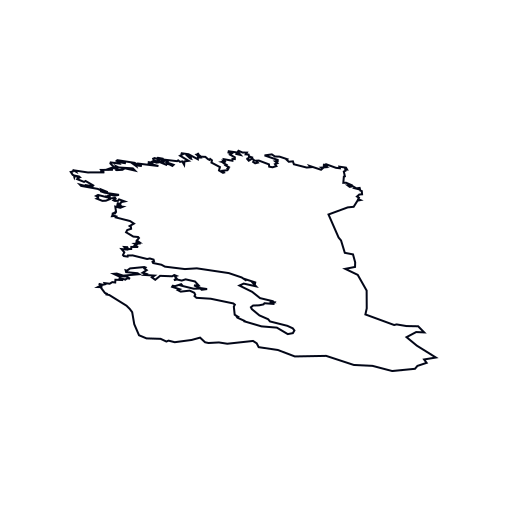 the district of Fræna nor, Møre og Romsdal, Norway, rotated 17°
{"feature_id": "86288312B12375056094040", "entity_name": "Fræna nor", "entity_type": "district", "adm_level": 2, "iso_a3": "NOR", "parent_name": "Norway", "parent_adm1": "Møre og Romsdal", "projection": "equal_earth", "projection_center": [7.135, 62.879], "detail": "fine", "context": "isolated", "style": "outline", "palette": "ink", "viewbox_px": 512, "rotation_deg": 17, "n_neighbors": 0, "source": "geoboundaries", "source_scale": "gbopen_adm2", "svg_char_len": 6100}
<svg xmlns="http://www.w3.org/2000/svg" viewBox="0 0 512 512"><g transform="rotate(17 256 256)"><path d="M339.4,166.0L338.2,163.0L336.6,162.9L335.2,160.6L332.8,161.7L335.3,162.1L330.9,162.3L331.5,161.8L328.2,161.0L325.4,162.5L323.2,161.7L327.7,160.4L320.7,159.6L318.1,160.5L316.8,154.4L317.7,153.8L315.3,149.6L316.7,148.2L316.1,147.1L317.8,146.7L316.2,145.2L309.6,146.2L310.5,147.6L306.7,148.3L296.9,147.8L297.3,148.4L293.5,148.9L297.0,150.0L294.0,150.7L295.8,151.1L292.8,152.3L294.1,152.7L293.0,154.5L281.0,154.2L282.3,155.1L278.6,156.6L265.4,157.2L263.6,154.7L259.8,156.3L257.2,155.0L257.6,154.3L249.5,154.1L245.0,155.3L241.4,154.2L234.8,157.3L248.7,157.8L249.0,159.0L246.7,159.9L249.3,161.0L247.3,162.6L249.2,164.1L245.9,166.3L242.5,166.7L241.6,164.6L230.8,163.9L228.1,164.9L230.4,166.2L228.1,167.6L225.8,166.9L226.2,165.0L223.9,163.9L221.2,167.0L218.5,165.3L220.2,165.4L220.4,163.1L224.5,162.9L220.2,162.8L219.3,161.2L216.5,161.8L217.0,159.8L212.8,161.0L208.5,160.5L208.1,161.7L211.7,163.9L207.4,164.2L207.3,162.6L199.3,163.8L199.4,165.1L202.8,165.1L201.6,166.7L206.9,167.8L207.4,169.5L205.1,170.0L205.6,171.8L197.1,172.8L198.3,174.1L196.4,174.4L197.1,175.3L195.9,176.0L198.4,176.0L198.1,176.8L201.0,177.4L200.4,178.2L204.1,179.0L203.2,180.5L204.1,180.7L203.6,182.3L199.2,184.2L201.0,185.5L200.1,186.1L195.6,185.0L195.5,181.5L186.1,179.7L185.9,177.4L183.8,176.6L183.4,177.7L181.7,177.4L178.6,176.0L174.4,177.1L171.3,175.9L170.4,174.3L170.9,175.5L169.5,176.4L173.7,178.2L171.6,178.9L172.1,180.5L161.7,178.4L163.9,179.3L164.4,180.1L163.5,180.1L165.3,181.9L164.5,181.9L160.1,179.8L160.5,178.6L154.1,179.6L156.3,180.0L154.1,182.3L163.7,184.7L159.9,186.5L160.6,189.7L157.8,187.1L155.8,188.2L153.6,187.3L152.8,188.4L140.6,190.6L143.8,191.7L143.2,192.6L150.5,192.9L149.7,194.3L148.0,194.0L148.4,193.3L143.4,194.1L143.4,195.0L137.1,194.4L136.9,193.6L141.1,192.6L137.3,192.4L140.2,191.7L138.4,190.2L133.4,190.8L132.6,191.9L136.4,192.2L130.4,192.0L129.2,193.0L130.2,194.3L134.0,194.7L133.5,194.1L135.6,192.7L135.2,193.6L136.5,193.6L136.0,194.6L133.7,195.8L129.4,195.8L128.6,196.6L130.7,197.0L126.9,197.5L127.8,198.2L125.3,198.9L136.4,198.5L116.1,202.1L116.2,203.5L120.5,203.4L114.5,204.4L115.0,205.0L112.0,204.0L115.3,203.0L112.7,202.4L95.4,204.9L95.0,205.6L98.8,205.2L104.4,205.4L96.3,206.5L98.1,207.6L89.7,209.0L89.7,210.1L94.2,212.5L97.1,211.8L96.2,211.1L98.8,211.5L112.6,208.2L115.3,209.7L103.0,210.6L101.7,211.3L104.3,211.2L103.1,212.6L97.7,214.6L96.4,214.7L98.9,213.1L92.1,213.9L89.7,215.7L93.9,215.4L83.0,218.9L84.3,219.6L82.3,220.3L86.5,220.4L70.6,225.3L58.4,227.1L59.3,228.0L56.3,227.4L56.1,228.7L54.3,229.8L57.0,232.0L59.4,232.2L59.0,233.4L59.4,234.0L59.6,232.1L63.5,231.7L64.3,232.1L61.5,233.2L63.7,233.2L62.7,234.8L69.9,235.4L71.1,234.1L79.7,236.1L79.3,237.0L72.6,238.0L73.0,238.9L66.7,239.2L68.3,240.1L85.0,238.1L90.5,238.8L89.2,237.7L95.6,238.3L88.0,239.5L92.7,239.7L107.1,237.6L102.7,239.8L98.1,240.0L98.6,241.5L96.9,241.6L96.1,243.4L87.1,243.8L85.6,245.3L88.6,245.7L87.3,246.0L88.0,246.8L87.0,247.7L93.0,248.2L96.3,247.0L99.3,244.6L97.2,243.0L100.2,243.4L104.3,241.6L105.0,242.2L103.4,244.4L104.9,244.6L107.9,243.6L108.5,241.9L114.4,242.2L111.3,243.9L111.0,245.9L110.1,245.9L111.5,247.0L108.4,246.6L108.6,248.7L114.3,247.8L112.1,249.6L107.0,249.9L109.2,254.6L108.2,255.7L109.0,255.7L108.7,256.6L105.8,257.5L107.0,257.7L106.7,260.0L109.2,259.0L110.9,259.0L110.6,260.1L125.4,259.4L129.8,260.7L126.4,264.3L127.9,264.8L128.6,266.5L125.3,268.8L124.8,271.3L133.0,273.3L137.7,272.3L138.8,273.0L137.5,276.0L140.5,277.0L136.7,277.8L142.0,277.7L136.4,279.8L138.1,280.2L137.1,281.3L140.6,281.9L134.1,283.8L134.6,285.8L131.7,286.8L130.3,285.2L127.4,285.9L130.1,287.7L125.4,288.7L129.0,291.0L128.5,294.0L129.6,294.7L133.4,294.1L133.3,293.0L137.9,291.5L152.8,290.7L155.2,289.4L159.1,289.4L160.0,290.8L158.8,291.9L159.7,292.8L168.1,292.0L172.0,292.8L191.8,289.3L203.0,285.1L235.0,280.3L248.6,280.7L254.1,282.4L252.5,281.3L263.0,281.5L263.1,282.4L260.8,282.6L264.9,285.0L252.3,286.0L248.8,289.1L262.8,291.4L272.2,295.1L285.3,294.3L286.6,294.9L283.4,295.7L283.5,296.7L286.7,295.3L286.0,296.6L287.7,296.5L277.9,298.7L277.3,300.1L273.3,302.3L267.7,304.2L266.1,306.5L267.5,308.0L276.6,311.8L286.1,312.9L288.5,314.5L306.4,313.6L312.3,314.4L314.5,316.0L313.8,319.0L309.2,321.4L296.9,318.4L281.8,321.7L263.1,321.9L264.7,321.5L256.2,320.4L255.6,319.9L256.3,319.3L252.8,318.4L249.6,310.9L250.0,308.7L248.1,308.0L225.2,310.1L211.3,313.4L208.9,312.3L209.2,310.8L207.7,309.2L202.7,308.5L194.4,312.1L191.3,311.5L192.8,310.1L184.8,310.0L185.1,308.8L187.4,308.5L192.7,304.8L193.5,305.3L192.6,306.2L193.7,306.2L206.0,305.5L212.3,303.4L213.9,304.2L218.9,301.9L211.7,303.0L205.4,302.2L209.7,300.9L205.1,298.2L195.5,298.9L192.2,301.2L187.2,301.6L184.7,303.1L186.5,300.6L184.3,299.2L185.6,298.3L183.4,298.1L181.8,299.9L170.1,303.0L166.6,308.2L162.7,306.9L164.7,304.4L154.6,306.8L156.2,305.2L152.4,305.2L155.6,301.5L153.0,300.6L153.7,299.3L152.4,299.2L139.2,304.7L136.8,307.8L135.5,307.8L136.5,309.4L147.8,307.1L149.5,307.6L134.8,313.6L128.0,313.5L125.1,314.7L130.7,315.5L138.2,313.4L142.1,314.6L139.6,314.9L138.0,316.5L138.8,316.7L131.2,317.1L135.9,317.9L128.5,319.8L129.1,322.5L126.2,323.0L124.2,325.3L119.1,326.2L120.0,327.1L118.0,328.3L113.7,328.6L116.9,329.0L117.2,330.5L115.1,330.7L113.9,331.9L116.4,331.2L122.3,335.5L125.2,335.8L123.3,336.6L127.1,336.2L146.7,341.4L150.7,343.5L154.0,345.9L159.5,356.8L167.3,366.0L175.4,366.8L189.0,363.1L195.3,364.0L197.1,362.5L203.5,362.2L219.0,355.1L226.4,350.4L232.5,353.4L236.0,353.1L245.8,349.5L254.2,348.3L278.0,338.1L282.2,339.3L285.2,342.4L304.3,339.5L322.5,340.7L352.3,331.0L381.4,331.6L399.5,327.0L419.8,326.2L441.0,317.4L442.5,313.9L450.4,308.3L447.0,305.8L457.7,300.5L436.0,294.7L423.7,289.6L431.4,281.9L439.2,279.9L431.6,275.8L420.4,279.0L410.5,280.3L408.3,281.6L377.7,279.9L377.2,273.7L371.9,256.7L358.8,244.3L345.1,242.2L353.9,237.5L352.7,233.1L348.3,226.1L340.0,227.0L332.8,216.3L329.6,214.2L313.2,195.1L329.5,182.7L335.0,180.4L336.9,173.4L339.5,172.0L337.1,171.7L337.4,170.1L335.2,169.6L336.8,167.0L339.4,166.0Z" fill="none" stroke="#020617" stroke-width="2"/></g></svg>